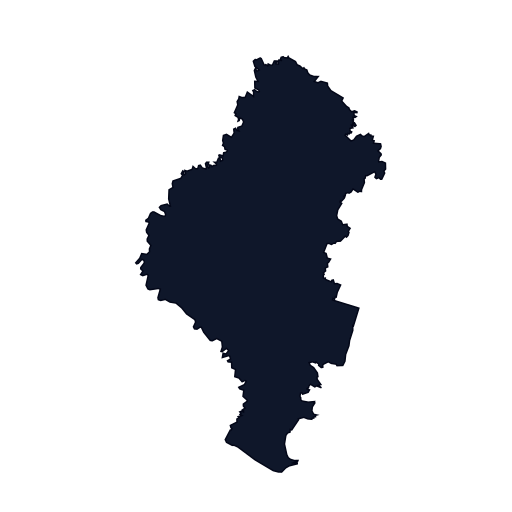 Bekasi, Jawa Barat, Indonesia (Mercator projection), rotated 197°
{"feature_id": "22746128B74302729610221", "entity_name": "Bekasi", "entity_type": "district", "adm_level": 2, "iso_a3": "IDN", "parent_name": "Indonesia", "parent_adm1": "Jawa Barat", "projection": "mercator", "projection_center": [107.099, -6.2], "detail": "fine", "context": "isolated", "style": "filled", "palette": "ink", "viewbox_px": 512, "rotation_deg": 197, "n_neighbors": 0, "source": "geoboundaries", "source_scale": "gbopen_adm2", "svg_char_len": 6134}
<svg xmlns="http://www.w3.org/2000/svg" viewBox="0 0 512 512"><g transform="rotate(197 256 256)"><path d="M231.7,71.4L229.7,69.2L223.5,68.0L221.4,68.6L217.6,68.1L197.3,60.8L176.8,55.8L171.5,56.0L168.3,56.9L165.7,62.0L162.9,65.0L155.8,69.3L156.0,70.0L157.3,70.0L161.4,68.2L156.2,71.6L156.1,72.7L159.6,71.6L163.6,71.6L166.2,72.5L168.5,75.0L173.8,84.5L175.0,93.1L174.1,96.0L172.0,97.5L172.6,100.2L171.0,100.1L167.4,111.9L167.9,112.7L163.1,115.7L158.8,115.4L154.9,116.2L155.1,117.1L153.4,117.9L153.9,118.8L152.1,119.7L152.7,120.9L151.5,121.7L154.6,121.5L157.3,124.2L158.0,128.2L156.8,132.5L157.6,132.4L157.5,133.9L163.3,131.5L169.6,130.8L171.3,131.7L171.7,133.4L173.0,134.7L173.3,137.9L172.1,138.6L171.0,137.5L166.3,140.9L165.7,143.6L168.2,143.6L168.4,144.2L167.3,145.3L167.4,147.4L166.4,149.3L161.5,148.0L160.1,149.5L154.9,149.1L158.6,150.6L156.4,152.0L161.3,155.8L162.3,157.9L161.5,158.7L163.1,162.1L168.2,166.1L172.2,167.3L174.1,169.6L171.0,171.3L167.8,171.2L167.6,172.2L164.2,171.0L164.1,169.7L161.0,168.4L159.6,169.1L160.4,171.7L156.0,176.0L152.6,175.3L147.7,176.0L146.5,174.8L141.0,176.7L140.2,181.4L141.5,188.1L140.9,197.3L141.8,202.5L141.7,213.2L143.2,217.8L142.4,217.6L142.4,236.2L170.0,236.3L170.1,238.0L168.3,237.8L168.3,240.0L167.3,240.1L167.7,245.1L166.6,253.0L170.4,253.4L172.9,252.4L175.1,255.7L176.3,255.0L176.5,253.3L182.1,253.8L183.4,254.5L183.2,255.9L183.5,254.5L185.3,254.8L186.0,257.6L185.5,258.3L186.6,259.7L185.1,262.1L186.3,264.7L184.2,266.6L185.7,270.2L184.8,271.0L183.8,274.9L187.2,274.8L189.7,278.9L192.4,279.2L191.7,288.7L189.8,289.4L187.2,289.1L185.6,290.9L184.0,291.3L183.3,293.5L179.6,294.9L176.5,301.0L175.0,300.5L174.0,302.5L174.0,305.7L175.0,306.5L174.1,310.0L177.4,311.0L178.3,313.0L182.3,311.2L184.6,314.2L188.8,315.3L190.7,318.2L191.3,324.1L189.4,331.4L191.5,332.2L191.4,333.6L190.3,333.4L188.6,336.9L188.4,338.2L189.4,338.8L188.3,339.5L188.6,342.1L186.4,343.6L185.4,343.3L183.8,345.0L182.8,348.5L177.2,346.8L176.0,348.1L174.0,348.5L174.5,350.3L173.8,357.9L175.2,361.3L174.4,362.2L174.6,364.9L173.2,365.3L167.2,371.3L165.2,369.3L165.3,366.1L163.5,365.2L161.3,366.9L159.3,365.8L158.2,366.2L157.2,372.9L158.6,374.6L157.5,377.0L159.4,382.7L163.2,383.2L166.0,381.9L166.5,382.4L167.0,386.3L165.8,389.3L166.4,390.4L170.2,392.2L168.4,395.0L168.4,397.4L169.7,399.7L176.6,398.2L176.7,400.7L177.2,400.6L178.7,400.9L178.8,404.8L181.3,404.3L181.4,405.2L183.3,405.0L184.1,406.1L187.4,401.9L189.4,401.7L191.7,402.8L194.9,399.9L196.5,395.4L198.8,393.8L206.2,397.6L205.7,399.0L203.9,398.5L204.0,400.1L202.6,400.0L202.5,400.8L200.9,401.6L200.8,402.7L202.5,402.9L203.6,405.4L200.8,406.9L203.1,409.0L201.6,409.7L201.5,409.0L199.3,408.8L198.5,410.2L201.3,412.6L200.9,411.7L202.2,410.4L202.4,413.8L203.6,414.3L202.8,415.1L204.0,416.9L201.9,417.4L200.9,418.7L203.2,419.0L204.4,421.8L201.4,422.6L201.5,423.3L204.2,423.7L206.7,421.9L209.5,423.3L210.5,424.8L213.3,425.6L219.4,429.2L218.9,432.6L232.7,436.0L237.2,439.5L238.3,442.2L245.0,442.0L247.4,439.8L251.3,439.9L249.0,445.8L253.2,444.6L257.6,444.8L260.1,446.4L261.8,448.8L264.0,449.0L265.2,450.0L265.9,448.8L269.6,450.6L272.6,450.9L275.1,453.5L283.0,455.2L283.2,455.8L283.6,456.2L284.0,454.6L286.9,453.9L288.3,454.5L290.0,453.4L290.2,451.0L288.3,450.4L291.4,450.1L290.7,446.0L293.3,445.7L293.5,447.0L292.2,447.8L292.3,448.8L295.5,447.9L296.1,443.4L297.7,442.7L300.5,443.2L300.4,441.3L302.6,441.9L303.2,441.0L304.3,441.3L308.7,446.3L309.9,446.6L312.9,443.7L314.2,443.7L315.5,441.5L312.5,437.0L307.4,434.8L309.1,432.9L311.4,435.2L311.8,432.9L308.5,427.1L305.0,423.5L308.3,422.7L306.2,416.4L301.9,415.6L300.9,414.2L301.7,413.5L303.7,413.6L306.0,414.6L307.4,413.3L306.2,412.1L305.0,407.8L312.2,410.2L312.7,404.5L315.8,403.4L318.7,403.6L318.4,401.2L319.2,398.2L317.6,395.2L318.6,386.7L316.8,386.2L317.0,384.2L313.8,383.4L312.6,381.7L312.6,379.8L311.7,380.6L311.8,383.0L311.0,383.4L308.9,382.8L307.0,380.6L307.5,376.1L310.9,373.7L310.7,372.2L308.9,370.6L311.1,370.4L312.9,372.2L314.4,370.8L312.8,367.2L314.2,362.3L319.8,363.7L322.4,361.8L321.6,356.6L320.1,354.5L320.3,352.0L318.1,351.4L316.8,349.0L314.7,349.0L314.0,348.2L314.8,346.6L317.1,345.3L316.7,342.1L320.3,342.1L321.0,341.5L319.9,339.9L316.7,339.9L315.9,337.7L317.6,336.2L318.9,338.7L320.5,338.5L320.9,334.1L323.1,333.5L320.6,332.4L320.4,331.2L323.2,330.1L324.3,328.5L325.6,329.6L326.9,329.5L326.4,326.8L327.0,326.2L328.3,327.4L328.6,331.9L330.7,331.2L331.3,329.5L329.3,326.1L329.3,324.5L333.2,324.5L335.8,326.6L337.3,325.7L337.2,323.0L337.9,322.1L339.5,321.8L342.4,323.2L342.4,320.2L346.7,317.0L349.0,317.0L347.3,314.1L348.2,312.8L349.2,313.3L349.9,315.7L350.9,316.0L351.5,312.8L349.7,311.8L350.6,308.3L357.3,303.5L357.2,300.7L355.4,297.3L358.5,293.9L356.2,285.1L352.4,278.6L353.2,278.3L356.1,279.7L361.5,276.4L362.6,274.3L360.5,272.5L356.5,271.8L354.6,269.4L354.5,267.9L355.3,267.1L359.1,266.8L366.4,268.3L367.8,267.9L369.3,265.9L369.9,260.6L371.8,258.0L371.3,256.8L368.6,257.1L367.7,256.3L368.6,248.9L367.5,246.7L364.4,244.4L365.0,240.4L364.3,238.4L359.6,235.4L360.0,231.6L359.0,228.9L360.9,225.6L366.0,224.9L366.5,219.9L369.0,214.3L367.8,213.6L366.4,214.6L364.1,219.5L361.7,219.0L360.8,216.7L362.8,211.3L362.5,210.0L359.7,208.6L360.9,204.5L358.6,204.1L355.0,206.6L353.4,206.0L352.6,195.9L349.7,192.9L347.7,192.7L339.9,196.4L337.8,196.3L337.6,187.5L336.6,185.7L334.2,185.6L330.0,188.0L324.8,186.8L318.8,187.6L311.9,184.7L305.4,180.3L295.9,177.3L294.4,175.2L295.1,170.0L293.5,168.3L291.0,168.8L288.7,171.6L287.4,171.9L283.7,167.8L275.1,161.9L273.1,162.1L269.4,165.6L263.8,164.5L261.5,159.1L261.6,154.5L260.5,154.6L257.3,159.0L254.4,157.6L256.1,153.5L259.0,153.4L258.5,149.1L253.1,152.7L251.8,152.5L250.2,150.0L252.6,147.5L251.7,146.6L248.3,147.3L246.5,142.0L242.4,141.5L241.0,134.4L236.6,134.3L232.5,131.7L230.2,133.7L228.7,133.4L229.5,129.6L234.1,125.4L232.7,124.2L228.4,124.0L227.4,118.0L222.1,115.5L222.2,114.2L224.8,110.7L224.2,108.8L222.0,107.4L224.0,104.8L222.6,104.3L222.3,103.2L224.3,103.5L225.9,102.2L224.3,101.3L225.0,99.8L222.8,99.3L226.0,97.2L224.8,96.6L226.6,94.5L225.6,91.6L231.0,86.5L229.7,84.4L228.5,84.0L228.7,82.5L229.7,82.1L231.7,71.4Z" fill="#0f172a" stroke="#020617" stroke-width="1.5"/></g></svg>